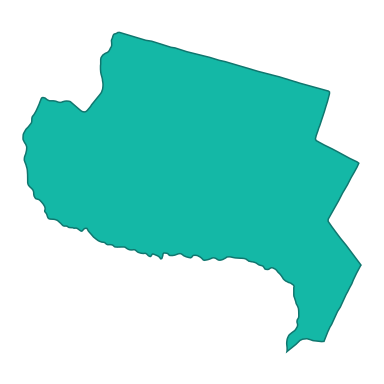 San Cristóbal Verapaz, Alta Verapaz, Guatemala
{"feature_id": "79465075B68623160282073", "entity_name": "San Cristóbal Verapaz", "entity_type": "district", "adm_level": 2, "iso_a3": "GTM", "parent_name": "Guatemala", "parent_adm1": "Alta Verapaz", "projection": "equal_earth", "projection_center": [-90.595, 15.383], "detail": "fine", "context": "isolated", "style": "filled", "palette": "teal", "viewbox_px": 384, "rotation_deg": 0, "n_neighbors": 0, "source": "geoboundaries", "source_scale": "gbopen_adm2", "svg_char_len": 5880}
<svg xmlns="http://www.w3.org/2000/svg" viewBox="0 0 384 384"><path d="M286.9,351.6L295.9,344.4L300.0,340.4L302.6,339.2L306.9,338.7L310.5,339.7L312.9,340.6L318.2,341.2L321.6,341.6L324.0,341.4L327.9,331.5L328.4,330.5L329.9,327.2L331.6,324.4L337.5,311.5L340.3,307.1L346.0,294.7L347.7,291.6L349.6,287.8L351.8,283.8L353.3,280.0L356.5,273.3L360.4,266.0L361.0,265.1L360.4,264.3L346.1,245.2L340.3,238.1L335.5,231.7L331.6,226.4L328.1,221.3L328.2,219.2L334.4,208.2L338.7,200.6L342.7,192.8L344.7,189.5L347.5,184.7L351.0,177.8L354.2,172.3L357.1,167.0L358.8,163.2L357.1,161.9L349.6,158.3L337.1,151.5L332.0,148.8L324.4,145.1L318.7,142.0L317.9,141.5L316.2,140.6L315.4,138.9L316.2,135.6L317.9,130.8L318.8,127.9L319.7,125.7L324.3,111.8L326.0,106.1L327.5,101.4L329.5,93.7L329.5,92.0L328.5,91.1L300.3,83.3L279.2,76.8L273.3,75.3L258.2,71.4L225.1,61.6L219.2,60.3L209.8,57.4L186.8,51.7L175.0,47.9L171.0,47.3L151.7,41.2L145.8,40.3L119.5,32.4L117.9,32.5L116.4,33.4L115.6,33.7L114.9,33.9L114.3,34.0L113.6,34.6L112.9,36.1L112.5,37.6L112.2,38.5L111.7,39.5L111.4,40.6L111.5,41.5L111.6,42.4L111.7,44.1L111.7,45.3L111.5,46.2L111.2,46.9L110.8,47.6L110.3,48.3L110.0,49.2L109.5,50.1L109.1,50.8L108.1,51.9L107.3,52.5L106.3,52.9L105.2,53.4L104.2,54.1L103.0,54.9L102.3,55.8L101.6,56.8L101.1,57.6L100.7,59.3L100.7,62.1L100.7,64.0L100.5,65.8L100.5,68.0L100.5,69.3L100.7,72.0L101.1,74.2L101.6,76.0L102.0,77.4L102.4,79.1L102.5,80.6L102.9,82.8L103.0,84.1L103.0,85.2L102.9,87.0L102.7,88.3L102.6,89.2L102.1,90.5L101.5,92.3L100.1,94.3L97.4,97.6L95.3,100.2L91.5,104.9L90.7,106.3L88.9,108.5L87.1,110.6L85.8,111.6L84.7,111.9L83.8,111.9L82.2,111.5L80.9,110.7L79.2,109.3L70.4,101.7L69.7,101.4L68.0,101.1L67.0,101.1L66.4,101.0L64.8,101.2L63.1,101.6L62.3,101.9L61.3,102.3L60.5,102.4L58.9,102.3L57.6,101.9L55.8,101.2L54.0,100.9L53.0,100.8L52.2,100.8L50.6,100.8L49.7,100.8L49.0,100.6L47.4,99.9L46.0,98.8L45.2,98.1L43.8,97.7L42.9,97.5L41.9,97.8L41.4,98.3L40.6,100.3L39.6,102.8L39.3,103.8L37.3,108.3L35.9,111.3L35.2,112.5L33.9,114.7L33.3,115.4L32.8,116.0L32.3,116.7L31.9,118.1L31.8,120.1L31.7,122.0L31.3,123.0L30.4,124.2L28.2,127.0L27.1,128.1L26.1,129.1L25.4,130.2L25.0,130.9L23.8,133.1L23.4,134.0L23.2,134.8L23.1,136.0L23.0,138.2L23.1,139.6L24.7,142.8L25.5,143.9L26.0,144.9L26.3,145.7L26.7,146.9L26.7,147.9L26.6,149.3L26.5,150.4L25.7,153.9L25.0,155.6L24.5,157.1L24.3,158.9L24.3,160.2L24.9,162.0L25.5,163.5L26.0,164.8L26.2,165.6L27.0,168.4L27.3,170.1L27.6,174.7L27.7,182.8L28.2,184.7L28.7,185.5L29.8,186.8L31.0,187.9L32.0,188.9L32.8,189.8L33.3,190.9L33.6,192.0L33.7,192.8L33.7,193.9L33.9,195.2L34.2,196.3L35.1,197.8L35.5,198.4L36.1,198.8L37.7,199.2L39.1,199.7L39.9,200.3L41.5,202.0L43.0,203.8L44.4,206.0L44.8,207.0L45.1,208.0L45.1,209.3L44.7,210.6L44.8,211.6L45.8,212.9L46.3,213.4L46.6,214.1L47.0,215.1L47.5,216.7L48.1,218.0L49.2,218.9L50.6,219.1L52.4,219.2L53.9,219.3L55.0,219.5L55.9,219.8L57.4,220.4L59.0,221.8L60.9,223.5L61.6,224.3L62.3,225.0L63.1,225.7L63.9,226.0L65.0,226.1L66.1,226.0L67.4,226.4L68.1,227.0L68.8,227.4L70.1,227.6L71.5,227.7L72.3,227.6L73.1,227.9L73.7,228.1L74.5,228.2L75.5,228.1L76.3,228.1L76.9,228.3L77.6,228.7L78.6,229.4L79.3,229.9L80.0,230.4L81.1,231.1L81.9,231.1L82.5,230.6L83.2,229.8L83.9,229.1L84.4,228.6L85.6,228.3L86.9,228.4L87.6,229.5L88.2,230.8L89.0,231.8L91.3,234.4L93.5,237.0L96.1,239.1L98.3,240.7L99.8,241.4L101.8,242.1L103.7,242.3L104.5,242.5L105.2,243.0L106.0,243.8L106.9,244.4L107.9,244.7L110.1,244.6L111.7,244.8L112.8,245.2L113.5,245.8L114.1,246.4L114.9,246.9L117.3,247.1L121.0,247.0L123.3,247.0L124.3,247.0L125.3,247.3L126.4,248.2L128.1,249.2L129.4,249.7L130.8,249.9L132.3,249.9L133.4,249.7L134.2,249.7L135.0,249.9L135.6,250.3L136.3,250.9L137.6,252.0L138.7,252.5L141.0,253.2L143.4,253.5L144.7,253.3L145.7,253.4L146.7,254.0L147.4,254.7L148.4,255.7L149.1,256.1L149.7,256.4L150.5,256.5L151.1,256.0L152.0,254.5L152.8,253.9L154.5,254.5L157.6,255.8L158.8,256.6L159.4,257.1L159.9,257.7L160.6,258.8L161.6,258.7L162.1,258.0L162.3,257.1L162.7,256.0L162.9,255.1L162.9,254.2L163.7,253.1L164.5,253.0L166.3,253.2L167.3,253.4L168.3,254.1L169.0,255.0L169.6,255.4L170.6,255.5L172.7,255.5L174.9,255.1L176.2,254.6L178.1,253.9L179.1,253.7L179.9,253.6L181.2,253.8L182.2,254.5L183.0,255.1L183.6,255.6L184.3,256.0L184.9,256.2L186.2,256.8L188.8,257.5L190.6,257.8L191.6,257.3L192.1,256.7L192.9,255.7L193.7,255.3L194.6,255.3L195.9,255.3L197.5,255.6L198.4,256.1L200.1,257.0L201.4,258.0L202.5,259.1L203.2,259.9L204.3,260.3L206.2,260.0L208.1,259.6L209.9,259.0L211.8,258.2L212.6,257.9L213.6,257.8L214.7,258.0L216.2,258.6L217.1,259.3L218.2,259.9L219.2,260.2L220.1,260.1L220.8,260.1L222.8,259.5L225.6,258.0L227.0,257.0L229.1,256.8L231.0,257.0L233.1,257.5L235.3,257.9L240.0,258.2L242.3,258.3L244.2,258.5L245.9,259.0L246.8,259.7L247.8,260.3L248.7,261.1L249.6,261.3L251.3,261.7L252.9,261.9L254.4,262.3L255.8,262.8L257.5,263.9L258.4,264.6L259.3,265.0L260.3,265.3L261.6,265.6L262.9,266.1L263.8,267.2L264.4,268.1L264.8,268.9L266.1,269.4L266.9,269.4L267.6,269.5L268.7,269.3L269.3,268.9L270.4,268.1L271.5,267.7L272.8,267.9L274.0,268.5L275.5,269.3L276.7,270.4L277.3,271.3L278.1,272.3L279.9,274.0L280.8,275.1L281.6,276.2L282.6,277.7L283.3,278.9L284.2,279.8L285.3,280.7L286.2,281.3L287.3,281.7L288.3,282.4L289.9,282.8L291.2,283.4L292.0,284.1L293.1,284.8L293.6,285.3L294.1,286.5L293.8,287.6L293.8,288.4L293.8,289.5L293.8,290.6L293.8,294.9L293.9,296.1L294.4,297.5L295.6,301.2L296.0,302.7L296.2,303.7L297.3,305.6L297.7,306.5L298.1,307.5L298.4,308.3L298.6,310.0L298.7,311.2L298.8,315.9L298.7,316.9L298.5,317.9L297.8,319.0L297.4,319.5L297.0,321.0L297.0,322.2L297.2,323.0L297.5,323.8L297.6,324.7L297.5,326.0L297.1,327.0L295.6,329.5L295.0,330.2L294.6,330.7L293.8,331.2L292.6,332.1L291.4,333.0L290.6,333.7L289.7,334.4L289.2,334.9L288.6,335.8L287.8,337.5L287.4,338.5L287.1,339.6L286.8,341.7L286.7,342.8L286.7,343.9L286.9,345.7L287.0,346.8L287.1,347.8L287.1,349.8L287.1,350.6L286.9,351.6Z" fill="#14b8a6" stroke="#0f766e" stroke-width="1.5"/></svg>